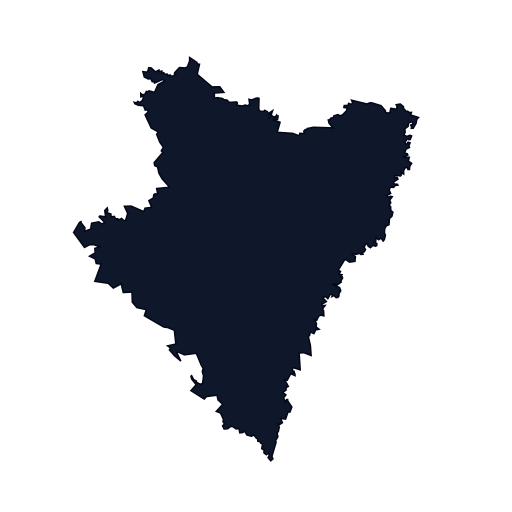 outline of Umgungundlovu, KwaZulu-Natal, South Africa, rotated 263°
{"feature_id": "47623444B82303823139799", "entity_name": "Umgungundlovu", "entity_type": "district", "adm_level": 2, "iso_a3": "ZAF", "parent_name": "South Africa", "parent_adm1": "KwaZulu-Natal", "projection": "albers", "projection_center": [30.306, -29.53], "detail": "fine", "context": "isolated", "style": "filled", "palette": "ink", "viewbox_px": 512, "rotation_deg": 263, "n_neighbors": 0, "source": "geoboundaries", "source_scale": "gbopen_adm2", "svg_char_len": 6108}
<svg xmlns="http://www.w3.org/2000/svg" viewBox="0 0 512 512"><g transform="rotate(263 256 256)"><path d="M412.4,268.1L407.8,268.2L406.7,267.3L406.2,265.2L407.2,263.9L406.6,260.7L408.0,255.4L410.3,256.2L411.3,255.5L411.7,248.2L414.3,246.3L415.0,243.4L416.4,241.9L417.9,237.1L417.8,234.0L422.8,234.5L422.3,244.1L428.4,240.7L429.2,233.0L443.5,219.8L453.2,223.3L453.7,221.3L455.4,220.9L461.1,214.3L457.6,213.8L452.1,211.0L451.3,208.5L452.4,203.0L447.9,197.6L446.3,197.2L445.9,198.4L444.8,196.1L444.9,193.7L445.9,193.1L445.2,192.4L446.3,191.7L445.6,190.4L447.5,189.9L447.1,188.3L449.2,186.7L448.3,185.1L451.1,185.1L450.6,182.4L452.4,182.4L451.3,179.1L451.7,178.0L455.4,175.0L456.0,172.5L453.3,171.4L453.3,171.9L452.8,172.4L453.2,171.8L451.8,169.9L452.8,166.2L447.3,166.9L444.7,170.9L445.1,173.0L441.7,174.2L441.3,176.1L440.0,176.3L442.5,184.7L440.9,186.9L438.1,179.6L430.8,175.2L433.0,169.9L432.1,168.0L432.7,167.2L430.4,165.7L429.6,163.2L431.5,161.4L428.0,161.0L428.1,163.1L426.7,163.6L424.1,161.9L422.5,159.3L423.9,157.6L422.6,155.9L423.4,153.8L421.8,154.4L419.9,157.7L418.8,162.7L414.3,163.8L414.2,167.0L411.7,166.0L409.6,163.1L395.8,167.6L391.1,174.1L388.9,172.2L380.6,174.4L375.2,177.3L371.9,174.8L369.4,176.5L369.1,175.0L361.1,166.3L358.0,166.5L356.4,169.2L350.1,169.7L344.0,172.2L334.8,178.6L335.1,165.6L329.5,166.0L330.0,163.2L329.4,162.1L326.1,161.1L324.0,156.4L317.0,158.4L317.0,151.7L313.8,150.0L320.8,138.1L321.4,131.4L314.0,133.8L307.0,130.8L307.4,129.1L309.7,127.2L308.3,123.5L309.8,123.4L310.1,121.2L312.6,120.2L312.5,117.0L315.4,117.1L317.3,113.1L319.1,114.5L321.9,114.2L319.6,111.4L313.2,111.5L314.8,105.9L314.0,105.1L307.7,110.0L306.6,106.8L309.1,104.1L308.6,96.8L302.9,95.2L301.4,88.9L304.8,89.7L310.1,86.6L310.5,85.5L311.8,87.1L310.8,84.9L301.6,77.8L285.4,86.8L287.4,92.1L287.0,96.4L284.1,102.0L283.2,96.9L278.8,96.8L276.1,90.7L272.7,96.0L268.0,96.5L266.8,101.3L250.5,92.9L246.9,106.0L241.5,110.5L244.8,118.8L235.9,119.8L235.3,128.5L225.2,127.6L219.3,131.5L216.1,140.6L210.3,137.9L196.8,155.7L195.6,160.0L192.2,165.9L178.4,165.7L177.6,157.3L175.0,160.0L173.4,158.6L167.1,162.8L160.8,168.6L169.4,165.7L170.3,166.7L166.6,172.9L166.7,184.9L154.1,188.4L149.6,190.5L149.8,189.4L147.9,188.6L143.4,189.3L135.9,187.4L135.7,185.7L135.0,185.7L137.7,181.9L139.5,181.3L140.8,179.1L145.1,177.5L144.6,176.8L141.8,177.1L135.5,180.9L130.3,175.0L120.3,187.2L122.5,189.7L122.6,200.3L117.7,200.8L112.9,204.9L106.6,197.6L104.5,201.6L98.0,203.7L95.6,203.1L93.1,204.2L91.5,202.1L88.1,203.3L88.0,206.9L89.9,210.0L89.4,212.3L86.8,215.1L86.7,218.1L82.5,218.3L82.3,221.0L83.4,223.3L79.4,225.2L77.6,229.6L78.6,232.1L74.9,234.3L74.6,235.4L72.0,235.2L71.0,237.6L69.7,237.8L68.5,239.6L64.1,238.2L62.5,240.3L59.6,239.9L57.5,242.0L58.6,244.6L56.7,244.9L54.4,243.4L50.9,245.7L52.6,248.1L55.2,247.4L68.8,253.3L70.3,252.9L73.9,255.7L77.8,255.4L79.1,256.8L83.2,258.2L86.5,257.6L85.7,258.6L87.3,261.9L91.7,260.6L90.5,265.5L97.5,268.9L96.9,270.6L101.7,273.2L108.2,269.9L109.7,269.9L109.7,268.7L107.3,267.2L110.5,266.4L112.0,266.3L114.5,268.8L117.4,265.8L119.2,269.5L121.7,269.8L122.6,272.2L129.8,269.4L128.9,271.9L134.9,276.1L132.5,280.2L134.6,280.2L135.7,278.5L136.5,278.7L136.2,279.8L137.0,279.7L137.6,278.3L139.7,278.4L140.5,279.6L137.6,286.0L154.4,287.0L154.2,291.7L150.5,298.6L160.6,299.1L169.7,298.1L170.4,299.4L173.2,300.4L173.5,301.5L171.9,304.0L175.4,306.3L175.6,309.7L178.3,307.0L181.4,307.8L185.7,306.4L184.8,308.4L188.6,310.9L189.4,313.1L188.3,316.1L193.7,316.4L195.1,315.4L198.5,318.6L198.5,315.8L200.1,315.6L202.2,320.3L206.7,317.0L207.1,320.4L204.9,322.1L208.8,325.0L208.9,325.9L208.1,327.1L206.5,326.4L207.2,328.6L204.9,330.4L204.9,332.2L206.2,333.5L208.5,333.8L211.2,335.9L214.5,335.1L218.4,328.7L218.9,329.2L217.4,333.1L219.7,337.4L221.0,337.3L223.5,339.3L224.9,339.0L225.2,337.8L227.0,339.1L227.6,336.1L230.4,338.0L231.9,335.9L240.8,343.0L241.7,344.5L238.5,348.0L238.6,353.6L243.3,354.6L246.2,351.6L246.5,353.1L245.4,355.3L246.0,359.0L244.7,360.4L244.7,362.5L246.5,361.8L247.0,364.0L249.0,365.5L251.7,364.4L254.8,366.6L254.4,367.7L251.8,368.7L250.3,370.6L252.3,373.4L251.1,375.8L251.6,377.1L253.6,377.5L255.6,374.9L255.8,376.6L259.3,377.3L257.2,379.8L258.1,381.1L257.9,382.6L255.3,384.0L256.6,385.4L260.9,387.0L263.3,386.3L267.2,387.0L270.0,388.9L270.8,391.8L276.9,393.0L278.8,395.7L282.8,397.2L285.0,395.3L288.4,395.7L290.3,394.4L292.5,396.3L295.2,395.5L298.2,398.5L299.0,396.6L298.0,394.3L300.2,393.4L301.7,397.3L305.1,396.2L307.9,397.7L307.3,401.0L308.9,402.6L309.1,405.5L310.2,404.7L310.4,402.2L311.7,401.5L313.0,402.2L315.0,406.3L316.9,405.7L316.6,402.9L318.4,403.1L318.8,406.0L317.8,409.1L318.8,410.2L321.3,409.9L319.3,412.6L322.3,412.8L325.4,414.7L325.4,416.8L323.3,417.4L323.2,418.9L326.2,419.5L329.0,421.8L331.7,418.8L335.3,420.2L336.0,414.3L336.8,415.1L337.6,419.0L339.0,418.7L340.2,416.0L343.9,418.1L345.0,421.6L346.9,421.2L349.5,422.8L350.5,420.8L349.0,419.5L348.9,418.1L350.7,417.7L354.0,420.6L352.8,421.8L352.8,423.3L356.2,425.1L357.1,423.4L356.3,420.5L358.0,417.5L360.6,419.1L364.2,419.3L366.1,422.8L369.2,423.4L370.4,427.2L367.9,428.1L367.1,425.4L365.2,426.2L363.8,425.7L363.6,427.6L368.1,431.0L372.1,432.3L373.7,434.2L377.2,426.6L379.6,427.8L379.6,426.1L381.3,423.9L380.9,423.0L384.6,420.4L386.3,420.6L389.3,417.7L389.1,413.6L387.0,414.3L383.9,412.5L385.1,411.6L386.2,407.8L381.7,406.2L382.0,403.9L382.9,402.1L384.5,402.1L390.0,398.5L393.8,389.9L394.2,387.8L393.4,384.6L399.0,369.8L396.7,370.5L394.8,369.6L396.2,366.5L394.3,365.7L394.6,361.9L392.7,361.3L391.6,364.6L389.2,363.6L385.5,359.0L385.0,356.6L386.4,354.4L385.6,350.3L384.0,349.8L383.7,347.0L382.3,345.8L382.2,344.3L378.8,344.7L373.8,348.0L376.8,328.7L376.3,322.5L375.7,322.6L375.3,320.0L374.2,320.1L374.2,318.7L371.6,318.7L372.5,314.5L370.1,313.5L373.3,307.3L376.2,292.1L385.8,296.2L389.4,289.0L389.0,294.1L392.2,295.0L392.1,294.0L393.4,293.7L391.5,291.8L393.0,288.9L394.8,288.5L398.2,290.2L396.7,287.2L392.4,287.7L391.4,285.6L395.2,286.2L397.9,284.9L399.5,282.4L398.7,282.0L399.0,277.8L401.4,276.6L412.1,278.2L412.7,277.1L411.7,276.5L412.7,275.6L411.5,270.8L412.4,268.1Z" fill="#0f172a" stroke="#020617" stroke-width="1.5"/></g></svg>